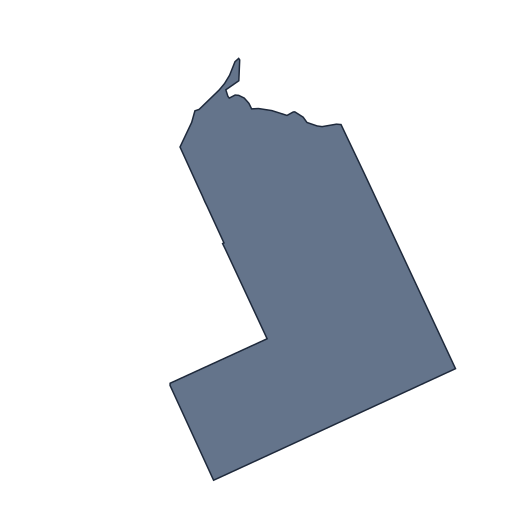 Manatee, Florida, United States of America, rotated 65°
{"feature_id": "52423323B9469904891992", "entity_name": "Manatee", "entity_type": "district", "adm_level": 2, "iso_a3": "USA", "parent_name": "United States of America", "parent_adm1": "Florida", "projection": "mercator", "projection_center": [-82.543, 27.427], "detail": "fine", "context": "isolated", "style": "filled", "palette": "slate", "viewbox_px": 512, "rotation_deg": 65, "n_neighbors": 0, "source": "geoboundaries", "source_scale": "gbopen_adm2", "svg_char_len": 771}
<svg xmlns="http://www.w3.org/2000/svg" viewBox="0 0 512 512"><g transform="rotate(65 256 256)"><path d="M441.7,310.1L442.4,122.8L227.0,123.0L188.7,123.3L172.8,123.4L170.5,127.4L166.7,141.4L164.0,145.6L156.5,153.4L150.1,154.6L141.8,159.9L141.3,161.1L141.2,161.4L141.7,168.5L130.9,180.2L123.4,191.4L120.8,197.8L114.7,197.9L107.9,199.9L103.1,203.8L101.3,206.9L101.6,213.5L99.4,214.0L92.6,213.1L89.9,197.5L71.4,187.9L69.6,188.2L71.0,192.9L81.0,203.5L86.4,211.6L90.0,219.3L99.1,245.6L98.6,250.0L107.7,257.8L125.1,278.8L170.1,279.2L178.1,279.2L178.5,279.2L185.1,279.4L190.2,279.3L229.6,279.5L230.6,279.5L230.6,281.0L231.3,281.0L232.0,281.0L236.5,280.9L335.7,280.9L335.0,387.6L337.0,388.6L441.3,389.2L441.7,310.1Z" fill="#64748b" stroke="#1e293b" stroke-width="1.5"/></g></svg>